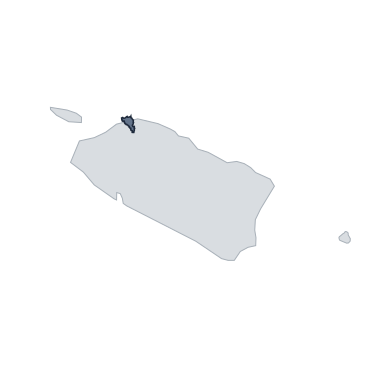 Maunabo, Puerto Rico shown in context, rotated 205°
{"feature_id": "32010507B22166841242195", "entity_name": "Maunabo", "entity_type": "district", "adm_level": 2, "iso_a3": "PRI", "parent_name": "Puerto Rico", "parent_adm1": "", "projection": "equal_earth", "projection_center": [-65.926, 18.02], "detail": "fine", "context": "in_parent", "style": "filled", "palette": "slate", "viewbox_px": 384, "rotation_deg": 205, "n_neighbors": 0, "source": "geoboundaries", "source_scale": "gbopen_adm2", "svg_char_len": 2652}
<svg xmlns="http://www.w3.org/2000/svg" viewBox="0 0 384 384"><g transform="rotate(205 192 192)"><path d="M252.5,156.9L256.3,160.2L260.0,159.7L257.0,152.9L259.8,152.9L283.6,157.1L298.8,164.1L314.6,167.5L315.6,190.7L303.5,200.0L295.5,209.7L289.1,221.6L272.1,235.4L251.7,239.6L238.1,239.9L233.0,239.5L228.0,237.1L217.7,239.4L205.0,233.3L194.2,234.8L172.5,233.4L164.4,238.6L156.7,239.8L149.1,238.9L142.6,236.5L126.6,236.7L119.8,232.1L122.7,205.7L122.9,193.7L119.0,183.9L114.7,177.6L111.6,170.3L117.9,165.5L123.1,158.5L124.8,147.9L130.4,145.3L137.1,144.1L167.7,149.0L245.1,151.8L249.5,152.6L252.5,156.9ZM339.8,213.5L330.1,214.5L323.8,213.2L321.6,208.2L333.4,203.6L347.2,204.3L355.1,207.0L356.1,208.9L339.8,213.5ZM35.9,221.2L34.8,221.3L33.6,221.1L33.1,220.7L32.3,219.1L28.8,216.6L27.9,214.3L28.7,211.9L30.2,211.0L37.4,210.7L38.1,210.9L39.5,212.6L39.6,213.8L38.9,215.0L37.6,217.9L37.1,218.6L36.6,219.4L36.5,220.7L35.9,221.2Z" fill="#d9dde1" stroke="#a8b0b8" stroke-width="1"/><path d="M269.9,221.3L269.9,221.6L270.0,222.0L270.1,222.3L270.3,222.7L270.3,223.1L270.3,223.6L270.7,224.3L270.9,224.4L271.0,224.7L270.9,224.9L270.9,225.2L270.8,225.3L271.2,225.8L271.5,225.7L271.8,226.7L272.0,227.1L272.5,226.9L272.7,226.4L273.0,226.3L273.5,226.4L273.6,226.7L274.3,227.2L274.3,227.9L274.1,228.1L274.1,228.3L274.1,228.9L274.3,229.4L274.3,230.1L274.5,230.1L274.9,230.4L274.9,230.9L275.2,231.5L275.4,231.7L275.4,232.0L275.6,232.2L275.6,232.4L276.2,232.5L276.6,232.8L277.0,232.9L277.3,233.0L277.7,233.5L278.2,233.5L278.4,233.6L278.7,233.5L279.0,233.7L279.2,234.5L279.4,234.8L279.4,234.7L280.0,234.0L280.8,233.2L281.4,232.8L281.6,232.6L282.1,232.5L282.3,232.7L282.7,233.1L283.2,232.5L283.5,231.6L283.9,230.9L284.0,230.8L284.4,230.4L284.8,230.0L285.0,230.0L285.3,230.0L285.7,230.1L286.2,230.3L286.6,230.1L286.9,229.5L287.1,229.3L286.7,228.7L286.2,228.3L286.3,228.0L286.0,227.6L285.6,227.5L285.3,226.9L285.0,226.8L284.9,226.8L284.5,227.0L284.3,227.2L284.0,227.2L284.0,227.4L283.6,227.7L283.4,227.7L283.1,227.4L283.1,227.1L282.7,226.6L282.4,226.1L282.1,226.0L281.9,226.0L281.8,225.8L281.5,225.8L281.3,225.5L281.1,225.5L281.0,225.8L280.6,225.5L280.3,225.5L280.2,225.3L280.0,225.2L279.5,225.4L279.4,225.6L279.0,225.4L278.9,225.4L278.2,225.4L278.0,225.2L277.8,225.0L277.4,225.1L276.7,225.0L276.7,224.9L276.6,224.3L276.3,224.3L275.8,224.3L275.7,224.0L275.5,223.9L274.9,223.5L274.7,223.5L274.4,223.7L274.3,223.3L274.0,223.2L273.7,222.4L273.3,222.1L273.0,222.0L272.9,222.1L272.3,222.3L272.0,222.3L271.8,222.1L271.8,221.7L271.6,221.5L271.3,221.4L271.3,220.9L271.1,221.0L271.0,220.9L270.5,221.3L270.3,221.2L269.9,221.3Z" fill="#64748b" stroke="#1e293b" stroke-width="1.5"/></g></svg>